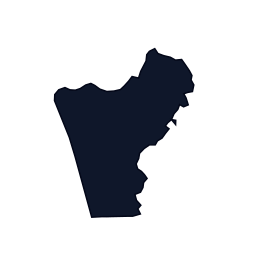 Maracajá, Santa Catarina, Brazil, rotated 140°
{"feature_id": "56859067B94572130749254", "entity_name": "Maracajá", "entity_type": "district", "adm_level": 2, "iso_a3": "BRA", "parent_name": "Brazil", "parent_adm1": "Santa Catarina", "projection": "albers", "projection_center": [-49.469, -28.863], "detail": "fine", "context": "isolated", "style": "filled", "palette": "ink", "viewbox_px": 256, "rotation_deg": 140, "n_neighbors": 0, "source": "geoboundaries", "source_scale": "gbopen_adm2", "svg_char_len": 1072}
<svg xmlns="http://www.w3.org/2000/svg" viewBox="0 0 256 256"><g transform="rotate(140 128 128)"><path d="M213.1,83.0L204.6,76.6L201.5,73.9L198.2,71.3L185.5,61.1L181.0,57.4L173.8,54.2L172.4,59.8L167.8,60.6L168.0,67.1L165.4,72.7L159.7,70.8L154.8,72.8L151.1,76.2L145.8,77.1L145.4,81.7L145.6,86.1L146.9,90.5L144.8,95.3L139.4,97.8L135.4,101.2L128.8,101.9L122.4,101.3L118.0,97.6L113.7,99.2L108.4,98.4L102.6,99.9L97.1,101.0L98.1,105.5L94.2,106.5L89.3,106.5L83.5,109.4L78.0,110.2L73.4,112.8L71.8,108.5L67.0,107.0L64.2,113.8L63.3,118.4L59.4,116.9L55.2,114.5L49.9,118.7L48.8,124.3L45.3,127.1L44.2,132.3L43.4,140.0L42.9,146.0L48.0,149.5L50.1,155.0L54.1,160.4L57.2,165.8L56.5,171.6L62.3,173.0L66.5,172.1L71.1,167.7L81.7,163.3L87.8,159.5L91.8,164.8L97.3,163.5L103.8,162.6L109.1,162.3L115.0,165.3L120.8,169.6L124.6,175.9L126.1,182.0L127.8,186.0L132.7,188.1L139.2,188.9L144.0,190.8L147.9,194.5L150.3,199.5L156.5,201.8L162.6,200.7L166.7,196.2L179.0,158.5L186.9,140.1L213.1,83.0ZM89.3,106.5L89.3,100.1L86.5,103.2L89.3,106.5Z" fill="#0f172a" stroke="#020617" stroke-width="1.5"/></g></svg>